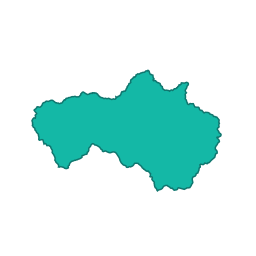 San Miguel, Cajamarca, Peru (Mercator projection), rotated 212°
{"feature_id": "86281439B14604088738254", "entity_name": "San Miguel", "entity_type": "district", "adm_level": 2, "iso_a3": "PER", "parent_name": "Peru", "parent_adm1": "Cajamarca", "projection": "mercator", "projection_center": [-78.987, -6.973], "detail": "fine", "context": "isolated", "style": "filled", "palette": "teal", "viewbox_px": 256, "rotation_deg": 212, "n_neighbors": 0, "source": "geoboundaries", "source_scale": "gbopen_adm2", "svg_char_len": 5815}
<svg xmlns="http://www.w3.org/2000/svg" viewBox="0 0 256 256"><g transform="rotate(212 128 128)"><path d="M58.6,184.3L59.1,183.8L60.5,183.8L61.6,183.1L62.9,183.9L63.3,183.9L66.0,183.2L66.5,183.7L68.2,183.6L70.4,182.5L71.0,182.0L71.2,181.4L71.8,181.1L74.8,182.1L75.6,181.4L76.1,181.4L77.2,181.7L78.5,182.8L78.9,182.9L79.4,182.9L81.0,181.9L82.6,181.3L85.5,183.2L87.4,182.0L88.3,181.7L88.8,180.2L89.2,180.0L90.2,179.9L90.5,180.1L90.8,180.7L91.6,180.9L92.6,181.9L93.6,182.7L95.0,183.1L95.5,184.5L96.4,185.8L97.2,186.5L97.4,187.3L97.1,188.8L97.9,189.0L99.3,190.0L99.5,190.7L99.5,193.1L100.1,194.7L99.8,196.3L100.0,197.1L100.6,197.9L102.2,197.9L102.6,197.7L103.9,196.0L106.6,194.6L106.7,194.2L106.2,193.1L106.5,192.3L107.1,192.0L107.6,191.6L107.5,191.2L107.2,190.6L107.7,189.5L107.5,188.5L108.0,188.0L107.9,187.7L108.2,186.8L109.5,185.8L110.0,183.5L111.0,183.4L111.5,183.1L112.1,181.9L112.2,181.3L113.3,181.3L115.6,180.4L116.8,179.4L117.9,179.6L118.5,179.5L119.1,179.8L119.6,179.8L120.8,181.2L123.0,181.4L123.3,181.9L124.4,182.7L126.3,182.5L127.2,182.1L128.0,182.3L128.5,182.2L128.9,182.5L129.7,182.7L130.7,182.2L131.4,181.6L131.9,181.7L132.4,182.5L131.9,183.2L132.0,183.5L133.4,184.1L134.9,186.0L135.8,185.7L136.5,185.8L137.4,185.3L138.7,186.0L140.3,187.4L141.6,187.5L141.7,186.6L142.4,186.4L143.1,185.8L143.5,184.1L145.2,182.7L145.6,182.0L146.4,181.3L147.0,179.8L148.5,179.0L148.7,178.2L149.3,177.4L148.9,176.2L149.0,175.2L149.4,174.5L149.9,174.6L150.3,173.9L150.2,172.8L151.1,170.2L150.7,169.4L150.7,169.0L149.8,168.2L150.1,166.9L150.7,166.2L150.3,164.9L150.6,162.6L150.5,162.2L150.1,162.0L150.2,160.9L150.2,160.1L149.9,159.1L149.9,158.7L150.1,158.5L150.0,157.6L151.0,157.1L151.5,156.5L151.5,156.0L152.4,155.6L152.4,154.5L151.8,152.2L152.0,151.9L151.9,151.2L152.4,150.9L152.5,150.4L153.2,149.5L153.2,148.8L153.9,148.2L154.8,148.1L154.4,147.6L153.9,147.2L154.1,146.6L154.0,146.1L154.2,145.6L154.7,145.2L155.3,145.2L155.9,144.9L156.8,143.6L158.7,143.1L160.1,143.0L161.3,141.7L163.1,141.2L163.5,140.6L164.3,140.1L164.9,140.2L166.4,139.9L166.9,139.5L167.5,139.6L168.4,139.5L168.9,139.8L169.8,139.7L172.0,140.7L172.5,140.5L173.8,140.7L174.3,140.2L175.0,140.1L175.1,139.6L176.1,139.5L176.7,139.1L176.6,138.5L177.7,138.1L177.7,137.7L178.7,136.9L178.7,136.4L179.0,136.0L180.3,134.8L184.7,134.8L185.2,134.7L185.8,133.7L185.7,133.1L186.1,132.1L185.6,130.7L185.9,130.2L185.9,129.5L186.1,128.6L186.5,128.2L188.3,127.0L189.7,126.8L191.0,125.5L192.0,125.0L193.5,123.0L194.4,122.4L194.9,121.4L196.1,120.4L196.2,120.1L196.1,119.5L196.2,118.4L196.9,118.2L197.0,117.9L197.3,114.3L197.8,113.6L198.3,113.4L198.6,112.7L199.5,112.1L200.4,112.2L201.3,111.5L202.0,111.5L202.7,111.1L206.6,111.5L208.0,110.7L209.4,108.5L211.6,107.4L212.2,105.5L212.8,105.0L213.4,103.8L213.0,101.4L213.4,99.4L213.7,99.0L214.2,98.7L215.1,98.5L216.3,97.8L216.1,97.2L216.3,96.4L216.3,95.6L217.1,93.8L217.0,93.3L215.0,92.5L213.7,92.2L213.0,91.7L213.1,91.0L213.5,89.7L212.4,88.6L211.8,87.2L212.9,86.9L213.1,86.8L213.5,85.1L213.3,83.3L211.7,81.9L211.2,81.0L210.6,80.5L210.6,79.7L210.3,79.3L209.6,79.2L208.5,78.4L207.7,78.6L207.2,78.5L206.8,78.3L205.8,77.0L204.6,76.8L203.3,75.9L200.7,75.2L200.1,74.3L198.6,72.9L197.5,70.9L196.7,70.7L194.8,72.6L194.0,72.8L193.7,72.7L190.7,69.9L190.4,70.7L190.0,70.9L189.3,71.0L188.6,70.8L187.4,70.1L185.8,71.3L184.5,71.1L184.1,71.3L183.8,71.2L182.9,70.3L181.5,69.5L180.8,69.3L179.9,68.4L179.4,67.1L178.5,66.6L177.8,66.4L176.2,65.6L173.9,64.0L172.9,61.9L171.7,61.4L171.0,60.8L167.8,60.1L166.5,58.9L166.3,58.1L165.4,58.5L164.7,59.5L164.2,59.7L161.7,60.5L160.5,60.3L159.1,60.7L158.4,61.2L157.7,62.2L157.5,62.7L158.4,63.6L158.5,64.2L158.1,65.3L158.7,67.0L158.2,69.7L156.8,71.3L156.2,72.3L155.5,72.7L154.7,73.9L154.0,74.4L153.7,75.2L152.7,76.2L151.7,78.1L151.5,78.9L152.2,79.7L152.2,80.4L151.3,81.2L150.5,82.7L149.4,83.6L149.0,84.3L149.7,85.8L149.2,86.8L149.4,88.2L150.4,89.8L150.5,90.4L150.1,92.6L150.4,93.9L150.2,94.5L149.9,95.8L149.2,96.2L148.7,96.3L147.0,96.0L146.2,96.5L145.1,96.7L141.8,96.7L139.7,95.7L138.7,95.8L138.2,95.7L137.5,94.9L136.7,94.8L136.3,95.0L135.2,96.4L134.3,96.7L133.4,96.7L130.9,97.1L129.8,97.7L128.1,99.8L127.0,100.3L125.8,100.6L124.4,100.3L120.5,98.5L119.5,98.0L117.5,96.2L115.3,94.9L112.3,94.2L110.0,94.8L109.4,94.6L108.8,94.1L108.2,94.0L107.1,94.7L106.5,95.9L105.2,96.4L104.0,98.2L103.7,99.4L103.7,101.5L102.2,102.6L100.4,103.4L99.7,103.0L97.2,102.8L95.8,102.4L94.9,101.8L93.4,101.7L92.8,101.4L92.1,101.6L91.0,101.3L89.5,101.2L89.1,101.6L88.3,101.7L87.9,102.2L85.9,101.4L84.7,101.3L84.6,101.2L84.4,100.4L83.7,99.3L83.6,98.4L83.2,98.4L82.0,99.2L81.4,99.0L80.9,98.6L80.7,97.3L79.7,96.8L79.3,96.5L78.7,96.5L76.9,95.9L76.3,94.6L75.5,94.0L75.1,93.3L74.0,92.3L73.1,91.8L72.2,91.8L71.6,91.4L71.1,91.3L70.7,90.7L69.7,90.3L69.3,91.6L67.6,93.4L66.9,95.0L67.0,96.2L66.6,98.1L65.3,99.5L64.1,100.1L63.3,99.8L61.4,100.0L60.1,99.6L59.3,99.8L58.5,100.4L57.3,100.0L55.9,99.7L53.9,101.5L53.6,102.5L53.8,103.5L53.4,104.1L47.8,105.8L46.7,107.5L46.3,108.5L45.5,108.9L44.0,110.2L43.9,112.6L44.2,114.2L44.0,115.0L44.2,116.2L46.1,118.2L46.6,119.0L46.9,120.1L46.8,121.2L45.7,122.5L45.5,123.1L45.5,124.1L45.9,125.2L45.9,125.5L44.9,127.0L45.3,128.1L45.4,129.4L46.4,131.8L46.3,132.5L46.0,133.0L46.1,133.3L46.6,134.0L47.5,134.8L47.5,135.0L47.2,135.8L44.9,136.7L44.3,138.0L44.3,138.9L41.9,139.7L41.7,141.0L41.1,141.2L40.7,142.1L40.3,144.6L38.9,149.1L39.6,151.2L39.9,152.7L39.8,153.0L39.1,153.7L39.4,154.5L40.2,155.5L40.6,155.7L41.4,156.1L42.3,156.0L43.5,157.4L43.8,159.0L43.6,161.0L43.8,163.0L43.3,164.4L43.3,164.9L43.7,165.4L44.9,166.2L47.2,166.8L47.6,167.2L47.4,167.6L46.5,168.0L45.2,170.2L45.4,171.5L46.4,172.2L47.9,172.2L48.6,172.5L49.1,173.1L51.4,174.0L51.8,174.7L51.9,175.6L51.4,176.8L51.4,177.2L52.6,178.6L53.0,179.9L53.0,180.4L54.2,181.1L54.4,181.9L55.0,183.1L58.6,184.3Z" fill="#14b8a6" stroke="#0f766e" stroke-width="1.5"/></g></svg>